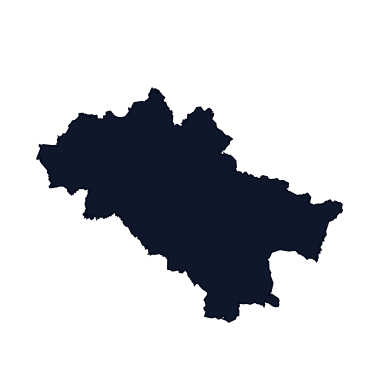 outline of Coalcomán de Vázquez Pallares, Michoacán, Mexico, rotated 135°
{"feature_id": "50627088B67136120570022", "entity_name": "Coalcomán de Vázquez Pallares", "entity_type": "district", "adm_level": 2, "iso_a3": "MEX", "parent_name": "Mexico", "parent_adm1": "Michoacán", "projection": "robinson", "projection_center": [-103.069, 18.673], "detail": "fine", "context": "isolated", "style": "filled", "palette": "ink", "viewbox_px": 384, "rotation_deg": 135, "n_neighbors": 0, "source": "geoboundaries", "source_scale": "gbopen_adm2", "svg_char_len": 6041}
<svg xmlns="http://www.w3.org/2000/svg" viewBox="0 0 384 384"><g transform="rotate(135 192 192)"><path d="M94.7,77.1L94.9,79.5L96.8,81.7L96.6,82.7L97.6,84.5L99.1,84.3L100.3,85.0L100.1,88.8L102.6,89.4L103.8,90.5L108.0,90.9L108.9,92.0L109.5,91.4L111.3,94.2L113.0,94.8L113.3,95.6L114.2,95.3L115.2,96.5L116.4,99.0L116.8,102.6L115.7,102.2L112.0,104.3L111.3,109.2L112.3,109.9L112.9,109.5L113.9,109.9L114.7,111.3L116.1,111.4L118.7,114.2L120.1,114.5L122.9,123.4L123.6,123.7L124.0,125.1L123.2,125.7L124.4,127.4L123.3,128.3L120.6,127.6L117.7,130.1L118.7,132.7L119.1,132.6L119.2,135.3L122.5,138.0L122.6,141.5L123.7,141.7L127.9,145.2L129.0,147.8L128.1,149.3L130.6,153.5L132.4,153.8L133.7,153.1L135.8,154.3L136.1,156.6L138.1,157.8L137.6,160.0L138.3,162.8L140.6,162.8L140.0,167.9L141.9,168.6L143.2,168.1L144.1,169.0L143.6,171.3L145.0,173.6L146.2,173.9L145.5,176.5L146.8,177.3L143.2,178.3L139.1,183.2L138.9,187.7L139.2,190.9L140.3,191.5L140.8,193.9L141.9,195.8L142.5,195.7L142.2,196.5L142.7,196.1L143.8,196.6L145.4,199.5L144.1,200.9L143.2,199.6L140.5,200.4L139.4,199.2L138.3,199.1L136.7,199.9L131.4,199.9L129.4,201.7L126.1,201.0L126.9,206.3L128.7,207.2L128.1,208.3L128.6,209.1L128.1,213.9L129.2,217.9L129.2,220.6L126.9,223.6L126.8,229.1L126.0,230.3L123.0,231.0L121.4,232.3L121.8,232.8L124.2,232.7L124.0,234.5L121.1,234.5L121.4,235.1L120.4,236.8L120.9,239.0L121.6,239.3L126.0,239.5L126.9,241.6L126.0,245.9L129.1,248.2L134.0,247.0L138.7,248.1L140.1,249.6L143.9,246.4L145.5,248.0L146.5,247.2L147.5,247.9L147.5,248.7L148.8,247.9L148.8,247.2L150.7,247.7L150.6,246.2L152.9,245.2L154.3,247.4L154.8,250.3L158.6,251.3L158.4,252.6L156.7,253.4L156.9,255.3L151.8,259.7L152.0,261.6L149.8,262.3L149.3,263.9L150.2,264.2L150.7,266.0L149.3,267.4L149.2,270.9L147.5,273.8L148.7,275.5L147.7,276.8L148.4,278.8L145.6,277.8L144.6,278.3L145.0,281.7L144.4,283.6L146.9,287.2L145.3,287.2L144.2,286.1L144.0,287.2L145.2,290.9L146.5,290.0L146.8,293.5L150.0,292.5L150.0,291.8L153.3,291.6L153.2,290.9L154.4,290.5L154.8,288.7L155.8,288.2L156.8,288.9L158.7,288.2L159.9,289.3L161.1,288.7L162.4,289.4L163.4,291.2L169.8,295.9L173.8,294.7L174.3,293.9L177.1,294.1L177.4,296.6L177.6,295.4L178.5,294.7L177.8,293.8L178.5,293.1L186.4,292.2L188.1,293.7L189.2,293.8L192.3,297.7L193.3,301.5L192.7,306.5L193.1,307.2L196.1,308.8L197.4,307.9L197.9,306.6L200.0,307.1L200.7,308.0L202.9,306.1L204.4,306.8L205.0,308.6L206.4,308.8L207.3,311.5L206.0,312.2L205.4,313.7L206.9,314.3L208.5,317.5L209.8,316.9L209.6,318.2L210.5,318.1L210.9,319.7L212.1,319.8L211.8,320.9L212.5,322.5L213.5,322.5L214.2,323.7L213.5,324.3L214.6,325.6L215.5,325.5L215.7,326.6L216.6,327.0L217.9,325.4L220.2,324.9L224.2,325.2L226.4,326.6L229.4,325.7L231.0,326.1L232.7,325.5L232.4,324.9L233.4,323.9L239.5,322.3L240.8,322.6L242.2,324.1L244.0,323.0L244.8,323.9L246.0,323.8L247.2,324.6L247.3,325.6L248.6,323.8L249.5,324.4L250.8,323.2L250.3,322.6L250.7,322.0L253.3,321.5L255.4,319.4L255.7,321.3L258.2,323.5L263.8,330.5L264.1,330.1L266.1,331.8L266.3,333.7L266.6,332.6L267.5,332.3L267.3,331.2L268.1,329.6L277.7,325.4L278.2,324.7L274.9,322.5L276.7,321.9L277.7,319.6L278.5,308.9L280.3,308.0L280.5,305.7L281.4,304.2L282.2,304.0L282.6,302.1L284.0,302.2L285.0,297.4L289.1,296.6L289.3,295.6L286.4,293.1L285.6,293.1L284.3,291.5L281.7,290.4L278.6,287.3L277.6,282.4L279.2,280.2L278.6,278.8L279.4,278.4L279.0,275.2L277.8,275.5L277.4,274.6L275.8,275.4L274.7,274.4L272.0,275.2L271.3,274.1L270.3,275.3L266.0,271.2L265.7,269.2L263.0,267.7L261.9,266.2L264.7,266.0L266.4,264.0L270.4,262.4L271.4,262.6L273.8,259.9L274.8,259.9L276.8,257.9L277.1,256.5L278.0,255.9L277.5,254.4L280.1,254.3L280.2,253.3L281.5,253.4L281.8,252.4L283.0,252.0L283.3,253.3L284.8,252.9L284.7,250.5L285.8,249.8L284.1,249.1L283.4,250.5L282.2,249.4L284.8,247.6L283.4,247.2L282.3,247.7L281.6,246.8L282.5,245.6L282.5,243.7L280.2,243.2L278.7,244.9L277.3,242.9L278.4,240.3L277.2,241.0L276.6,239.4L275.0,241.2L274.4,238.8L271.7,236.9L272.9,236.1L272.7,235.6L271.1,235.9L270.5,234.5L269.1,234.7L268.5,233.9L267.0,234.2L266.1,232.7L264.6,233.5L263.7,232.6L262.7,233.5L260.7,231.5L262.2,229.2L261.0,228.5L261.5,227.5L260.6,227.3L260.3,226.1L260.8,225.2L259.8,224.2L261.3,222.9L261.0,219.5L262.1,219.1L262.8,216.6L262.5,214.2L261.3,212.7L263.9,204.9L263.2,203.1L263.9,201.7L263.5,200.2L261.9,200.2L261.0,198.8L262.9,197.3L262.4,194.5L264.2,189.6L263.4,187.1L264.9,184.6L263.1,184.4L263.3,181.8L265.5,179.0L266.4,178.9L265.5,178.2L265.7,177.0L264.9,177.2L264.5,176.5L263.4,177.0L263.4,175.7L261.9,174.0L258.3,171.7L258.0,169.8L257.0,168.5L257.6,167.2L256.1,165.6L256.6,161.4L263.6,154.6L262.3,153.0L261.5,150.0L256.2,146.3L257.5,144.2L256.0,143.5L256.9,143.2L256.1,141.9L251.6,141.8L252.0,138.3L253.9,135.1L253.9,132.0L254.6,130.6L253.9,128.9L255.0,128.7L255.1,125.9L256.1,124.4L253.3,124.6L252.6,123.5L252.1,121.2L252.7,119.9L252.8,116.2L251.7,110.5L253.3,108.2L259.6,107.1L259.4,106.5L261.7,102.3L263.2,101.1L265.6,101.5L266.5,99.1L265.7,98.6L266.7,97.3L270.7,95.1L267.1,89.4L262.8,86.5L263.4,85.4L262.9,83.4L259.9,82.2L258.0,82.5L256.8,80.8L257.4,79.7L259.8,80.4L258.5,77.6L257.8,77.3L258.3,76.5L257.9,74.0L251.2,71.7L247.8,73.1L246.4,71.8L242.8,75.2L241.5,78.0L239.7,77.7L237.4,80.3L234.1,76.3L232.1,75.0L230.0,71.5L225.2,69.6L224.8,67.3L223.1,65.0L222.8,63.3L221.4,62.2L222.0,60.2L220.3,61.1L219.6,62.8L217.3,63.2L217.7,62.5L215.9,59.1L215.3,54.7L213.9,51.7L212.9,51.6L212.0,50.3L210.5,51.0L208.8,53.2L207.7,53.4L206.5,55.5L208.1,63.4L210.5,64.0L211.3,65.0L208.2,65.4L208.0,66.1L206.7,65.7L199.2,70.5L195.9,78.0L193.4,79.4L192.4,83.1L187.2,88.6L186.7,91.6L183.5,91.2L178.3,93.2L170.3,89.2L165.1,81.9L161.1,78.8L159.7,76.9L160.1,72.7L158.9,71.4L158.4,68.2L157.3,67.0L158.0,66.3L158.0,63.1L155.3,62.9L155.1,61.5L153.9,60.6L152.8,56.7L153.1,54.8L151.2,55.4L150.7,57.1L149.4,56.4L147.5,58.8L145.4,59.5L144.8,58.6L143.4,60.1L141.5,59.7L140.9,62.8L136.8,63.6L136.3,64.8L134.8,65.4L133.3,64.4L131.4,67.4L130.8,66.4L127.4,67.0L125.6,69.8L116.2,74.7L112.1,72.8L109.5,72.9L108.4,72.0L105.8,73.4L102.4,73.3L101.0,72.0L98.6,72.9L98.0,75.0L94.7,77.1Z" fill="#0f172a" stroke="#020617" stroke-width="1.5"/></g></svg>